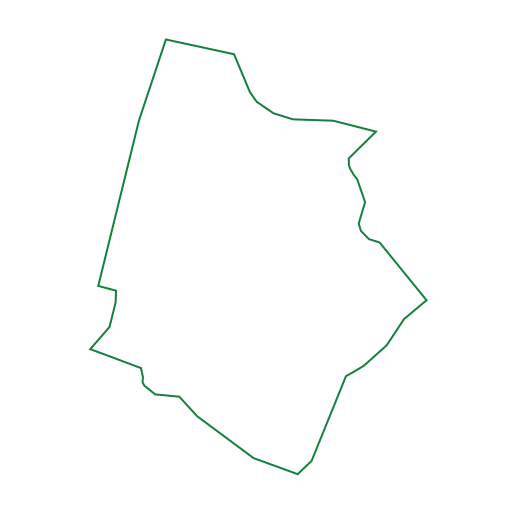 the border of Slovenj Gradec, rotated 88°
{"feature_id": "SVN-991", "entity_name": "Slovenj Gradec", "entity_type": "Statistical Region", "adm_level": 1, "iso_a3": "SVN", "parent_name": "Slovenia", "parent_adm1": "", "projection": "robinson", "projection_center": [15.077, 46.496], "detail": "fine", "context": "isolated", "style": "outline", "palette": "green", "viewbox_px": 512, "rotation_deg": 88, "n_neighbors": 0, "source": "natural_earth", "source_scale": "10m", "svg_char_len": 640}
<svg xmlns="http://www.w3.org/2000/svg" viewBox="0 0 512 512"><g transform="rotate(88 256 256)"><path d="M53.6,270.9L92.2,256.3L101.9,249.9L113.9,233.7L120.7,214.4L123.5,174.1L135.9,131.8L161.7,159.9L168.3,160.0L172.2,158.8L178.2,155.6L183.0,152.1L206.1,145.1L227.1,152.2L234.6,150.3L243.1,142.5L246.8,132.0L306.2,87.1L324.1,110.2L349.8,128.5L369.7,152.4L379.3,170.3L462.7,207.6L475.5,222.0L457.9,265.5L414.1,320.4L393.9,337.6L390.8,361.6L381.7,372.1L378.3,373.8L372.9,373.2L364.0,374.9L343.3,424.9L321.9,404.9L297.4,397.9L285.8,397.1L280.4,414.7L116.4,368.2L36.5,338.5L53.6,270.9Z" fill="none" stroke="#15803d" stroke-width="2"/></g></svg>